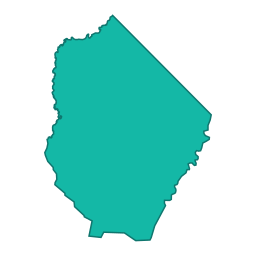 Lascano, Rocha, Uruguay (Albers equal-area conic projection)
{"feature_id": "84410073B78033052347779", "entity_name": "Lascano", "entity_type": "district", "adm_level": 2, "iso_a3": "URY", "parent_name": "Uruguay", "parent_adm1": "Rocha", "projection": "albers", "projection_center": [-54.358, -33.755], "detail": "fine", "context": "isolated", "style": "filled", "palette": "teal", "viewbox_px": 256, "rotation_deg": 0, "n_neighbors": 0, "source": "geoboundaries", "source_scale": "gbopen_adm2", "svg_char_len": 5204}
<svg xmlns="http://www.w3.org/2000/svg" viewBox="0 0 256 256"><path d="M66.1,38.7L66.3,39.3L66.2,39.6L66.0,39.8L65.7,39.8L65.0,39.5L64.4,39.7L64.2,40.0L64.0,40.6L65.0,40.8L65.6,41.0L65.7,41.5L65.6,41.8L65.3,42.0L64.2,42.2L63.9,42.5L63.6,43.7L63.4,44.1L63.4,44.5L63.3,44.8L63.0,45.1L62.7,45.6L62.5,45.8L62.3,45.8L61.8,45.5L61.9,45.2L62.3,44.9L62.3,44.7L62.2,44.5L61.0,44.7L60.5,45.0L59.8,45.7L59.7,45.9L59.9,46.1L59.9,46.3L59.5,47.2L59.3,47.3L59.0,47.3L58.6,47.0L58.4,47.0L58.2,47.1L58.1,47.3L58.1,48.5L57.6,49.5L58.0,51.3L57.8,52.4L57.6,52.4L57.1,52.0L56.6,51.9L55.4,52.9L55.3,53.1L55.0,54.1L55.0,54.7L55.3,56.6L55.3,57.1L55.1,57.8L55.2,58.0L55.5,58.2L55.7,57.7L55.8,57.6L56.0,57.7L56.1,57.9L56.3,59.0L56.0,59.5L55.9,60.6L55.5,60.9L55.5,61.4L55.5,61.7L55.0,62.3L55.0,62.5L55.5,62.8L55.6,63.0L55.2,63.1L55.1,63.8L55.5,64.1L55.6,64.3L55.4,65.3L55.9,66.4L56.0,67.0L55.8,67.7L55.2,67.9L54.8,68.2L54.6,68.1L54.2,68.6L54.0,69.1L53.7,69.1L53.5,69.6L53.2,70.3L53.1,70.8L52.8,70.9L52.8,71.9L53.3,72.3L53.1,72.6L53.2,72.8L53.3,72.8L53.5,72.5L53.8,72.6L54.0,72.7L54.1,73.0L54.5,73.0L54.7,73.3L54.8,73.7L55.2,73.8L55.3,74.0L55.1,74.3L55.0,74.5L55.0,74.9L55.3,75.2L55.0,75.9L54.8,75.9L54.4,76.1L54.3,76.5L54.2,76.9L54.2,77.5L54.3,78.2L54.2,78.2L53.5,78.8L53.3,78.8L53.1,79.3L53.4,79.6L53.2,79.7L52.9,80.0L52.9,80.3L52.7,80.3L52.6,80.8L52.4,80.8L52.3,81.1L52.4,81.3L53.2,81.9L53.3,82.5L53.5,82.7L54.0,82.9L54.0,83.1L53.9,83.6L54.0,83.8L54.0,84.3L53.8,84.3L53.7,84.7L53.5,84.8L53.3,85.1L53.3,85.5L53.2,85.7L52.9,85.8L52.6,86.7L52.7,87.2L52.8,88.3L52.7,88.5L53.1,89.0L53.4,89.7L53.7,89.8L53.8,90.1L54.0,90.2L54.0,90.3L53.6,91.1L52.9,91.7L52.6,92.2L52.3,92.3L52.2,92.7L52.8,94.4L53.2,94.6L53.2,95.1L53.2,95.3L53.4,95.5L53.7,95.7L53.7,96.0L53.4,96.4L53.4,96.5L53.5,96.7L53.8,96.7L53.6,97.2L53.7,97.4L54.2,97.7L54.3,98.3L54.9,98.5L55.0,98.8L55.1,99.2L55.6,100.0L55.9,100.0L56.2,100.5L56.1,101.0L56.3,102.3L56.3,102.5L56.0,102.8L56.1,103.1L56.1,103.6L56.0,103.9L55.8,104.0L55.4,104.1L55.3,104.4L55.0,104.4L54.5,104.6L54.4,104.8L54.5,105.3L54.5,105.5L54.2,105.8L54.2,106.1L54.3,106.1L54.9,106.1L55.0,106.2L55.0,106.3L54.9,106.5L54.2,106.9L54.0,107.6L54.3,107.7L54.4,107.9L54.4,108.4L54.5,108.5L55.0,108.2L55.4,108.1L55.6,108.2L55.7,108.3L55.2,108.5L55.0,109.2L55.2,109.6L55.4,109.6L55.6,109.6L55.7,109.4L55.8,109.0L55.9,108.9L56.6,109.3L56.9,109.3L57.3,109.1L57.5,109.0L57.7,109.4L57.4,110.0L57.5,110.4L57.8,110.5L58.1,110.4L58.2,111.0L58.4,111.6L58.9,111.7L59.3,112.0L59.3,112.3L59.2,112.6L59.0,112.8L58.5,112.8L58.2,113.0L58.1,113.4L58.3,113.9L58.6,114.0L58.8,114.2L59.0,114.4L59.0,114.6L59.0,114.9L58.7,115.6L58.4,116.3L58.2,116.4L58.2,116.6L58.1,116.8L58.2,117.2L58.7,117.4L59.0,117.4L59.8,117.2L60.5,116.7L60.6,116.1L60.7,115.9L61.2,116.1L61.5,116.5L61.6,116.8L61.0,118.3L60.7,118.6L60.4,118.7L60.1,118.7L59.3,118.2L58.8,118.4L58.7,118.8L58.4,119.4L58.1,119.7L57.3,120.0L56.9,120.4L56.4,121.6L56.7,121.6L56.9,121.7L56.8,122.3L56.1,123.5L55.7,123.8L55.1,124.7L54.3,124.7L54.1,124.8L53.7,125.2L53.3,125.4L53.3,125.6L53.0,125.7L52.7,126.6L52.6,127.2L52.6,128.1L52.7,129.3L52.6,130.2L52.9,130.8L53.1,130.9L53.3,130.7L53.7,131.2L53.6,131.4L53.3,131.5L53.6,133.0L53.6,134.0L52.6,134.6L52.4,135.6L51.6,136.0L51.4,136.2L51.4,136.4L51.8,137.1L51.8,137.3L51.4,137.8L51.1,137.8L50.8,137.7L50.8,137.4L50.2,137.6L50.2,137.3L50.1,137.2L49.8,137.1L49.5,136.9L48.4,137.4L48.2,138.6L47.9,139.0L47.1,139.4L47.9,143.5L46.9,148.2L44.8,152.6L45.4,155.3L47.8,161.4L53.2,167.4L53.3,169.7L56.5,173.8L56.8,179.4L55.1,182.6L54.9,184.7L64.9,193.2L65.0,195.3L74.1,201.9L74.6,206.7L84.1,215.5L84.3,216.8L92.1,220.9L89.0,236.1L101.0,237.4L103.7,232.2L124.4,232.9L135.7,240.6L150.0,240.0L151.2,237.6L154.7,225.8L165.5,205.6L164.4,203.2L164.5,200.3L169.7,200.4L171.3,199.4L171.4,195.1L172.2,194.3L173.8,193.8L175.4,192.8L175.9,190.8L175.8,189.1L174.6,187.1L174.6,185.3L177.0,184.5L177.8,183.1L178.0,181.3L181.5,176.3L186.0,172.8L186.5,171.1L187.1,169.6L189.3,169.6L189.5,168.8L188.1,164.0L189.7,163.0L192.1,163.0L193.3,164.4L194.4,165.4L195.9,165.1L196.1,163.2L195.1,161.0L195.1,160.0L197.5,159.7L198.1,158.5L198.1,156.6L195.7,154.5L195.3,152.3L196.6,150.6L198.7,151.1L200.6,150.7L201.7,147.9L202.8,143.0L206.1,141.3L209.2,139.4L209.4,137.4L205.3,135.6L203.9,133.4L203.8,131.2L208.0,130.0L208.0,125.4L210.2,119.9L211.2,114.8L112.6,15.4L112.1,15.9L111.8,16.4L110.3,17.1L110.1,17.6L109.9,19.4L109.3,20.4L108.5,20.4L107.7,21.0L107.4,21.8L107.3,22.7L106.8,23.9L106.6,24.8L105.9,24.6L105.5,25.3L103.9,25.2L103.2,25.6L102.4,25.5L101.8,26.1L101.8,27.0L100.9,27.4L100.1,27.3L99.2,27.5L99.0,28.5L99.4,29.6L100.1,29.3L100.4,29.3L100.6,29.5L100.7,29.9L100.6,30.2L99.8,31.6L99.3,32.6L98.9,32.8L98.4,33.0L97.5,33.1L95.8,33.0L95.4,33.0L94.4,33.5L93.3,34.1L91.9,34.7L91.8,34.8L91.7,35.0L91.8,36.2L91.6,36.4L90.9,36.7L89.8,38.1L89.2,38.0L88.8,37.6L88.5,36.8L88.4,35.9L88.4,35.4L88.7,34.9L88.5,34.2L88.1,34.2L87.5,34.6L86.7,35.5L86.5,36.7L85.9,37.8L85.2,38.5L84.7,38.9L83.6,39.3L82.5,39.6L79.7,39.4L78.9,39.2L77.8,39.5L75.6,39.6L74.7,39.3L74.0,39.0L72.2,37.3L71.9,37.3L71.5,37.5L71.3,37.9L71.2,38.4L71.4,39.1L71.2,39.6L70.9,39.8L70.2,39.9L69.4,39.7L67.8,39.6L67.5,39.4L67.3,38.8L67.0,38.6L66.3,38.6L66.1,38.7Z" fill="#14b8a6" stroke="#0f766e" stroke-width="1.5"/></svg>